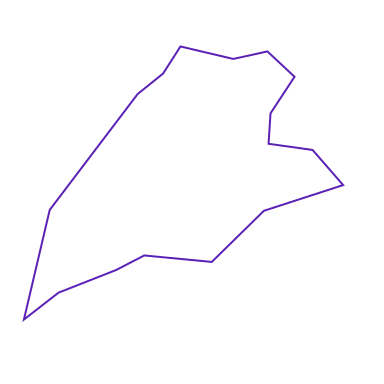 outline of Faetano, rotated 188°
{"feature_id": "SMR-4888", "entity_name": "Faetano", "entity_type": "state/province", "adm_level": 1, "iso_a3": "SMR", "parent_name": "San Marino", "parent_adm1": "", "projection": "equal_earth", "projection_center": [12.476, 43.936], "detail": "fine", "context": "isolated", "style": "outline", "palette": "violet", "viewbox_px": 384, "rotation_deg": 188, "n_neighbors": 0, "source": "natural_earth", "source_scale": "10m", "svg_char_len": 389}
<svg xmlns="http://www.w3.org/2000/svg" viewBox="0 0 384 384"><g transform="rotate(188 192 192)"><path d="M340.7,42.3L330.4,154.5L267.6,266.9L259.5,281.4L237.1,305.3L223.7,334.5L169.7,329.5L136.9,341.7L106.5,320.4L125.2,280.8L122.9,250.4L78.4,250.4L43.3,219.9L118.2,183.4L162.7,125.5L230.5,122.5L256.3,104.2L310.1,73.8L340.7,42.3Z" fill="none" stroke="#5b21b6" stroke-width="2"/></g></svg>